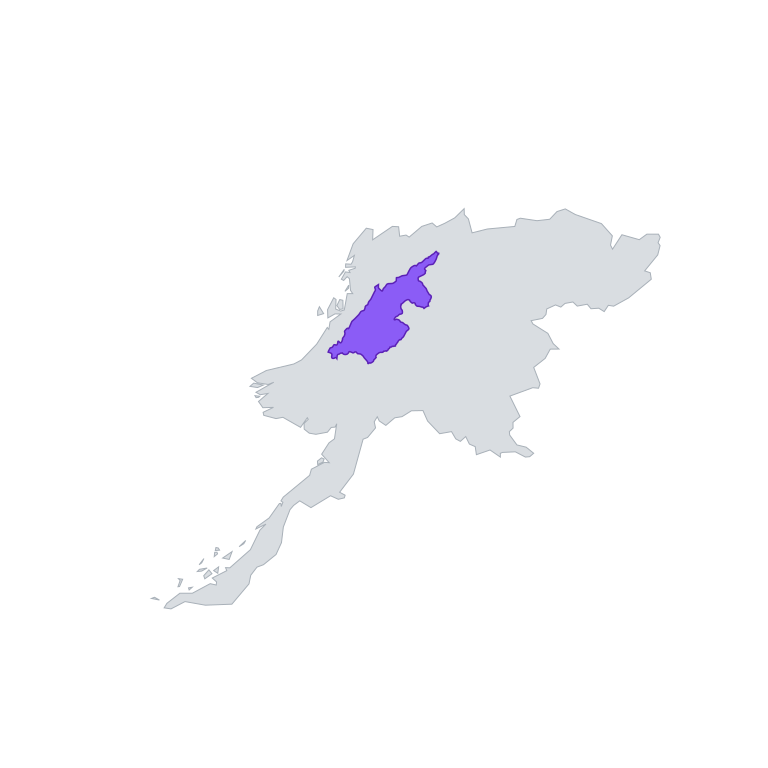 Myanmar, with Magway highlighted, rotated 57°
{"feature_id": "MMR-3276", "entity_name": "Magway", "entity_type": "Division", "adm_level": 1, "iso_a3": "MMR", "parent_name": "Myanmar", "parent_adm1": "", "projection": "albers", "projection_center": [94.956, 20.535], "detail": "fine", "context": "in_parent", "style": "filled", "palette": "violet", "viewbox_px": 768, "rotation_deg": 57, "n_neighbors": 0, "source": "natural_earth", "source_scale": "10m", "svg_char_len": 9555}
<svg xmlns="http://www.w3.org/2000/svg" viewBox="0 0 768 768"><g transform="rotate(57 384 384)"><path d="M493.6,345.0L486.2,341.6L480.9,345.1L472.6,344.1L473.7,351.2L469.1,353.7L460.7,353.3L456.0,364.4L438.8,367.6L427.5,365.8L421.4,375.6L421.2,386.7L418.2,393.4L419.7,405.0L412.4,408.1L407.8,407.5L410.4,412.8L416.2,415.0L419.9,426.9L418.9,431.6L442.9,458.7L450.6,480.2L456.1,477.2L457.9,479.3L455.8,485.1L448.6,489.7L447.9,512.6L436.1,518.3L436.6,525.9L438.2,531.3L449.1,546.3L461.2,556.4L468.2,567.4L469.9,583.5L468.4,590.3L471.8,599.9L478.1,606.1L485.8,631.5L472.2,654.3L458.1,669.4L456.6,685.1L452.0,690.3L449.7,685.5L448.3,669.1L455.1,658.7L456.8,638.5L461.2,634.2L458.8,632.2L453.2,633.7L454.9,617.5L451.7,616.9L454.2,613.4L450.2,586.3L438.9,567.5L437.2,559.3L435.8,570.4L434.5,568.3L433.8,553.3L427.3,536.9L427.9,535.5L430.8,536.9L428.1,533.2L425.9,534.1L424.0,530.1L420.1,496.1L415.9,491.3L417.3,476.6L420.2,472.8L408.9,474.5L403.4,462.2L403.0,455.4L391.6,445.3L393.5,448.5L391.7,451.9L393.6,457.7L389.1,468.5L384.5,473.5L378.4,475.5L373.5,472.5L372.4,466.8L370.5,466.7L374.9,477.6L356.9,486.9L354.2,493.4L344.8,501.9L341.9,500.8L343.4,489.4L337.9,498.5L330.3,498.8L328.7,486.5L325.6,493.6L321.2,495.9L322.5,475.5L321.3,481.4L314.0,489.5L307.0,492.1L308.6,475.3L318.1,448.7L318.9,440.0L313.9,418.7L305.7,400.8L308.1,400.5L302.5,395.4L301.8,382.1L298.5,386.9L298.0,395.1L290.9,390.8L284.3,379.2L287.0,378.2L294.8,383.7L299.2,380.7L300.3,377.0L288.2,365.6L291.2,361.0L287.3,361.1L276.8,355.6L273.9,356.5L275.2,361.4L272.9,362.7L269.0,355.3L272.0,351.8L269.5,351.6L271.2,345.2L270.2,344.2L265.2,352.7L262.4,350.7L265.6,346.4L264.4,343.8L260.0,338.8L260.3,347.8L249.6,333.5L243.7,314.0L248.5,309.1L256.9,315.0L256.4,291.1L260.1,286.1L268.6,290.4L271.1,284.4L274.5,282.9L272.4,266.5L275.2,255.9L281.0,254.2L282.3,245.7L283.2,234.2L280.6,221.3L285.7,224.4L291.5,223.3L305.2,227.8L310.3,212.9L323.1,188.5L318.4,182.9L319.2,179.4L330.4,166.7L336.1,155.3L333.6,145.0L335.9,136.6L346.0,131.3L367.9,114.3L384.1,111.8L390.9,118.4L395.4,118.9L388.4,103.2L402.0,91.3L401.5,82.0L407.8,72.2L411.4,72.5L414.8,77.2L418.3,77.1L424.8,84.1L431.1,103.8L435.7,100.1L441.7,102.8L445.0,131.9L443.8,149.0L440.2,153.0L443.2,159.9L437.4,162.6L433.6,169.4L427.8,170.1L423.9,179.5L418.1,180.9L415.0,188.3L415.8,193.8L411.1,197.1L409.7,206.6L413.9,210.3L415.3,215.3L411.0,226.1L414.8,226.4L430.8,219.0L442.3,220.1L450.0,218.2L445.3,225.6L450.3,234.9L451.6,249.4L468.9,253.1L471.7,256.7L468.1,261.3L462.7,285.0L485.4,287.7L486.4,296.7L491.3,299.8L492.2,304.8L495.3,306.4L507.5,305.7L514.4,299.2L523.6,296.2L524.3,301.4L522.3,305.2L512.4,310.8L505.9,321.9L505.5,324.2L508.7,326.2L497.1,331.0L493.6,345.0ZM291.4,372.9L298.7,377.4L297.3,380.6L292.6,380.8L289.1,375.1L291.4,372.9ZM441.8,602.7L446.8,609.4L442.1,614.1L441.8,602.7ZM290.4,402.3L286.6,399.8L284.0,396.1L292.1,396.3L290.4,402.3ZM449.4,631.6L449.8,640.4L446.6,639.6L444.5,632.1L449.4,631.6ZM318.1,492.0L313.0,497.7L312.3,492.8L319.2,485.8L318.1,492.0ZM415.5,483.5L412.4,481.8L411.9,476.6L414.3,475.1L416.2,477.6L415.5,483.5ZM439.6,642.7L438.9,639.7L442.0,632.5L441.6,638.8L439.6,642.7ZM438.1,659.2L442.5,665.8L441.8,667.2L437.8,662.0L435.3,662.4L438.1,659.2ZM452.2,626.5L447.7,628.5L447.3,622.3L452.2,626.5ZM442.9,690.0L437.2,695.8L437.9,692.6L442.9,690.0ZM267.6,356.3L269.6,363.6L266.2,354.9L267.6,356.3ZM441.6,588.6L441.5,594.1L439.9,585.2L441.6,588.6ZM284.4,361.6L285.0,366.3L281.9,359.7L284.4,361.6ZM436.3,620.4L433.0,617.7L434.1,615.7L435.8,616.1L436.3,620.4ZM433.8,612.4L431.8,616.2L429.6,614.0L431.3,612.3L433.8,612.4ZM434.7,634.3L434.9,637.5L432.3,630.1L434.7,634.3ZM325.8,498.7L323.5,498.6L326.6,494.9L326.9,496.3L325.8,498.7ZM450.6,659.6L448.5,659.0L450.0,655.5L450.6,659.6Z" fill="#d9dde1" stroke="#a8b0b8" stroke-width="1"/><path d="M326.9,413.5L326.4,413.0L326.0,412.4L324.6,409.8L324.5,409.6L324.6,409.2L324.7,408.4L324.9,408.0L325.0,407.5L324.9,406.9L324.0,405.1L323.9,404.5L324.3,403.8L325.3,402.9L325.4,402.5L325.5,402.1L324.9,401.0L323.5,399.7L323.3,399.6L323.2,399.4L323.2,399.1L323.3,398.9L323.7,398.7L324.7,398.6L325.3,398.4L325.7,398.2L325.9,397.8L325.9,397.4L325.6,396.7L325.4,396.2L324.0,394.4L323.7,394.4L323.1,393.8L322.0,391.0L320.5,389.3L319.4,388.8L318.9,388.7L318.5,388.5L318.1,388.0L317.8,387.1L317.3,385.2L317.3,384.4L317.6,384.0L317.9,384.0L318.1,383.9L318.2,383.6L318.0,383.0L317.2,381.6L314.3,377.3L314.0,376.7L313.4,373.0L312.1,367.3L310.8,364.3L310.7,363.8L310.7,363.3L310.9,362.4L311.2,361.4L311.3,360.9L311.3,360.4L311.0,359.9L310.5,359.2L309.6,358.2L308.9,357.6L308.7,357.1L308.5,356.5L308.6,354.4L307.1,352.6L306.6,351.7L305.9,349.4L305.5,348.5L301.4,341.6L301.3,341.3L301.0,340.7L300.6,340.2L300.1,339.8L299.6,339.6L298.3,339.3L297.9,339.1L297.6,338.6L297.6,334.5L299.9,336.1L300.5,336.2L301.3,336.2L304.0,335.5L304.7,335.2L305.0,334.9L305.0,334.6L304.8,334.2L303.9,333.0L303.7,332.6L303.5,332.0L303.2,330.6L303.0,329.8L302.0,327.6L301.9,327.3L302.1,325.9L304.2,322.3L304.4,321.6L304.5,320.8L304.4,318.6L304.3,317.9L304.1,317.5L303.6,317.1L302.4,316.3L301.6,315.6L302.6,313.7L303.1,309.8L304.7,306.4L304.9,305.8L304.9,305.2L304.7,304.8L302.7,301.4L301.5,299.1L301.1,297.9L301.0,296.6L301.1,294.5L301.4,293.5L301.6,293.2L301.9,293.0L302.4,292.7L302.6,292.5L302.5,292.2L302.3,291.5L301.6,289.2L301.7,288.5L302.4,287.0L302.5,286.2L302.5,285.5L301.6,281.0L301.6,280.3L301.7,279.9L302.4,278.8L302.5,278.3L302.4,278.0L302.2,277.9L301.8,277.8L301.7,277.6L302.0,276.8L302.1,276.3L301.7,272.8L301.9,271.6L301.8,271.0L301.5,269.9L301.2,268.1L302.1,267.9L302.6,267.9L303.0,267.9L303.4,267.7L303.6,267.5L303.8,267.4L304.1,266.9L304.5,267.1L304.8,267.5L304.8,267.8L304.8,268.1L304.8,268.4L305.1,268.6L305.2,268.8L305.3,269.1L305.6,269.7L305.9,270.1L306.4,270.6L307.7,272.2L309.2,274.8L310.0,276.7L310.1,277.2L310.2,277.8L310.0,278.3L308.8,280.8L308.6,281.3L308.5,281.6L308.5,282.1L308.9,286.0L309.1,286.6L309.3,287.0L309.6,287.3L309.9,287.4L310.3,287.4L311.2,287.2L311.8,287.2L312.3,288.2L312.5,288.4L312.9,288.7L313.3,288.8L313.5,289.0L313.7,289.6L313.8,290.3L313.9,291.3L313.2,296.8L313.4,297.2L313.6,297.5L314.2,298.0L315.0,298.4L315.6,298.7L316.2,298.8L316.5,298.7L317.4,297.9L318.0,297.6L319.6,297.0L320.2,297.0L321.1,297.1L321.7,297.3L322.2,297.4L322.7,297.4L323.9,297.1L325.2,297.0L325.8,296.8L327.2,296.7L329.6,297.2L333.7,297.3L334.5,296.8L335.5,296.5L336.1,296.7L336.8,296.9L337.1,297.3L338.0,298.3L338.5,299.5L338.9,299.9L339.4,300.3L339.7,300.6L339.7,301.1L339.8,301.9L339.8,302.3L340.3,302.6L340.9,303.3L341.5,303.7L342.8,304.1L342.6,304.5L342.3,306.2L342.2,306.5L342.4,309.0L342.1,308.9L341.9,309.4L341.6,309.4L341.4,309.3L341.1,309.4L340.9,309.5L340.7,309.6L340.1,310.4L338.1,312.1L337.1,313.5L336.5,314.0L335.8,314.2L334.5,314.4L334.3,314.4L333.8,314.1L333.6,314.0L332.8,314.1L332.2,314.6L331.8,315.3L331.6,316.2L331.3,316.4L329.3,317.0L327.8,317.0L327.7,316.9L327.3,317.0L327.2,317.1L326.9,317.4L326.4,317.7L326.1,318.3L325.9,319.1L325.8,319.8L325.8,321.2L326.3,324.1L326.4,325.5L326.3,326.2L327.0,326.4L327.0,326.8L327.8,327.6L329.1,328.3L329.8,328.6L330.5,328.7L332.1,328.6L333.7,329.3L334.5,330.0L334.7,330.3L334.7,330.5L334.7,331.0L334.6,331.6L334.5,331.9L334.4,332.1L334.1,332.7L334.0,333.0L334.0,333.5L334.4,335.5L334.3,335.9L334.3,336.4L334.1,336.9L334.1,337.7L334.3,338.4L335.0,339.9L335.3,340.2L335.5,340.3L335.8,340.3L335.9,340.2L336.2,339.7L336.5,338.2L336.8,337.9L337.9,336.9L338.4,336.6L339.3,336.4L339.7,336.3L340.5,336.4L341.0,336.3L341.3,336.1L342.5,335.0L343.2,334.7L344.7,334.3L345.9,333.8L346.3,333.5L347.0,332.8L347.3,332.6L347.8,332.5L348.1,332.5L349.3,332.5L350.6,332.7L351.1,332.9L351.2,333.0L351.3,333.1L351.6,333.6L351.7,333.9L352.0,336.6L354.7,341.4L355.1,342.4L355.3,343.8L355.4,344.4L355.6,344.8L356.0,345.5L355.9,345.7L355.9,346.0L355.6,346.4L355.5,346.6L355.3,346.8L355.8,348.8L356.0,349.2L356.2,349.4L356.4,349.7L356.4,349.8L356.6,350.5L356.8,351.0L357.0,351.3L357.1,351.5L357.4,352.7L357.4,352.9L357.6,353.2L357.8,353.3L358.2,353.5L358.3,353.6L358.3,353.8L358.3,354.1L358.1,354.4L357.6,355.1L357.5,355.4L357.5,355.8L357.4,356.0L356.8,356.6L357.0,357.5L356.9,357.9L356.7,358.3L356.3,358.9L356.3,359.0L356.5,359.3L356.8,359.5L357.1,360.2L357.1,361.4L357.5,361.8L357.6,362.0L357.7,362.3L357.7,363.0L357.8,363.3L357.9,363.6L357.9,363.8L357.8,364.0L357.6,364.2L357.4,364.3L357.2,364.3L357.1,364.6L357.0,365.1L356.9,365.4L356.4,366.3L356.3,366.5L356.4,366.8L356.5,367.0L356.7,367.3L356.7,367.5L356.6,367.9L356.4,368.5L356.2,368.8L355.9,369.0L355.4,370.0L355.1,371.3L355.3,373.8L355.5,374.8L355.7,375.0L355.9,375.4L356.7,376.0L357.5,376.2L357.5,376.6L357.8,377.2L358.0,378.2L358.1,378.8L358.2,379.1L358.2,379.3L359.0,380.3L359.2,380.7L359.2,381.0L359.3,381.6L359.3,382.5L359.2,383.7L359.1,383.9L359.0,384.0L358.6,384.3L358.5,384.5L358.4,384.6L358.4,384.8L358.4,385.0L358.4,385.8L358.3,386.0L358.2,386.2L358.0,386.3L357.2,385.8L356.9,385.8L356.5,385.7L355.5,385.7L351.3,386.3L349.4,386.3L348.8,386.4L346.8,387.0L345.9,387.5L344.2,389.6L341.9,390.0L341.3,390.7L341.3,392.1L341.3,392.3L341.2,392.6L341.0,393.1L340.5,393.4L338.9,394.5L338.1,395.2L338.0,395.5L338.0,396.1L338.3,396.4L338.6,397.0L338.9,398.4L338.6,399.7L338.0,400.7L337.3,401.4L337.0,401.6L336.0,402.0L335.8,402.1L335.5,402.0L335.3,402.0L335.1,402.7L334.7,403.1L334.5,403.8L334.5,405.3L334.2,406.0L334.1,406.6L334.3,407.2L334.8,407.9L337.0,409.7L336.2,409.7L335.6,410.1L335.3,410.6L335.3,411.4L335.1,412.2L334.8,412.8L334.2,413.4L333.3,413.4L332.5,413.0L331.8,412.3L331.0,411.7L330.1,411.4L329.3,411.7L328.4,412.2L326.9,413.5Z" fill="#8b5cf6" stroke="#5b21b6" stroke-width="1.5"/></g></svg>